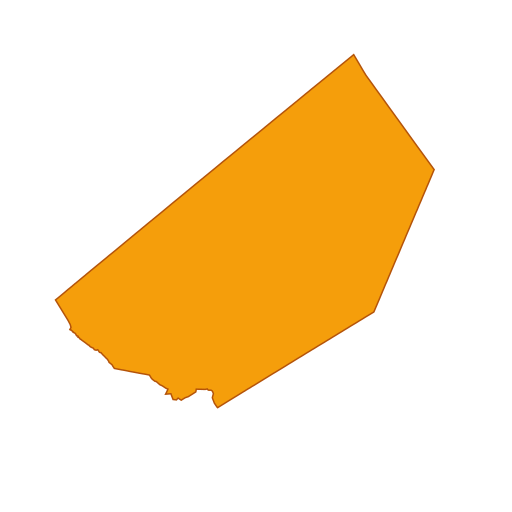 the district of Tecate, Baja California, Mexico, rotated 326°
{"feature_id": "50627088B66512895446284", "entity_name": "Tecate", "entity_type": "district", "adm_level": 2, "iso_a3": "MEX", "parent_name": "Mexico", "parent_adm1": "Baja California", "projection": "mercator", "projection_center": [-116.302, 32.436], "detail": "fine", "context": "isolated", "style": "filled", "palette": "amber", "viewbox_px": 512, "rotation_deg": 326, "n_neighbors": 0, "source": "geoboundaries", "source_scale": "gbopen_adm2", "svg_char_len": 5550}
<svg xmlns="http://www.w3.org/2000/svg" viewBox="0 0 512 512"><g transform="rotate(326 256 256)"><path d="M139.4,360.3L140.2,360.3L142.7,360.4L145.3,360.5L147.8,360.6L150.8,360.7L155.4,360.9L160.0,361.1L162.0,361.2L164.6,361.3L167.2,361.4L169.8,361.5L170.3,361.5L170.8,361.6L172.4,361.6L175.0,361.7L177.7,361.9L179.6,361.9L182.2,362.1L184.7,362.2L187.3,362.3L189.8,362.4L192.3,362.5L194.9,362.6L199.7,362.8L202.3,362.9L204.8,363.0L207.9,363.2L210.4,363.3L214.5,363.5L219.2,363.7L222.8,363.8L226.3,364.0L229.4,364.1L232.0,364.2L234.6,364.3L237.6,364.5L240.7,364.6L243.8,364.7L247.3,364.9L250.4,365.0L251.4,365.1L254.0,365.2L257.1,365.3L260.6,365.5L264.2,365.7L267.3,365.8L270.8,366.0L274.3,366.1L277.9,366.3L281.1,366.4L284.4,366.6L287.9,366.7L291.4,366.9L294.9,367.0L298.5,367.2L302.0,367.4L305.5,367.5L309.0,367.7L312.5,367.8L316.0,368.0L320.0,368.2L322.1,368.3L322.4,368.3L323.5,367.6L326.4,365.7L328.9,364.1L331.5,362.4L334.0,360.8L336.1,359.4L338.7,357.7L340.8,356.3L343.3,354.7L345.4,353.3L347.5,351.9L350.1,350.3L352.2,348.9L354.3,347.5L356.8,345.9L358.9,344.5L362.3,342.3L364.0,341.2L366.1,339.8L369.5,337.6L371.2,336.5L373.3,335.2L376.7,333.0L380.0,330.8L385.5,327.2L388.5,325.3L391.8,323.1L395.2,320.9L398.5,318.8L400.2,317.7L402.3,316.3L405.7,314.1L409.1,311.9L412.4,309.7L415.8,307.6L418.0,306.1L420.3,304.6L422.5,303.2L424.7,301.8L426.9,300.3L429.1,298.9L431.7,297.2L433.8,295.9L436.3,294.2L438.4,292.9L441.0,291.2L443.1,289.8L445.6,288.2L447.7,286.8L449.8,285.4L452.0,284.0L452.0,283.5L451.6,272.4L451.3,263.3L451.0,255.3L450.5,239.6L450.0,223.5L449.8,218.2L449.8,217.9L449.8,217.7L449.4,206.0L449.1,194.8L448.7,184.1L448.6,179.6L448.2,167.8L448.5,161.6L448.9,155.5L449.6,143.7L448.6,143.8L397.4,148.5L396.9,148.5L396.4,148.6L395.9,148.6L393.9,148.8L393.4,148.9L392.9,148.9L392.4,149.0L388.8,149.3L387.3,149.4L386.8,149.5L385.7,149.6L374.1,150.7L357.9,152.2L349.9,152.9L323.8,155.4L320.3,155.7L316.8,156.0L293.7,158.2L281.4,159.3L270.4,160.4L259.8,161.4L246.7,162.6L239.7,163.3L236.8,163.6L234.1,163.8L233.9,163.9L233.6,163.9L226.1,164.6L222.2,165.0L219.7,165.2L216.5,165.5L202.8,166.9L196.2,167.5L186.6,168.4L184.5,168.6L172.4,169.8L169.0,170.1L157.9,171.2L153.8,171.6L149.9,172.0L138.7,173.1L134.8,173.4L131.4,173.8L128.1,174.1L116.3,175.2L112.2,175.6L111.8,175.6L110.7,175.7L110.2,175.8L109.1,175.9L108.2,176.0L105.0,176.3L103.7,176.5L102.7,176.6L102.2,176.6L101.6,176.7L101.0,176.7L100.4,176.8L99.2,176.9L98.9,176.9L98.7,177.0L98.4,177.0L97.9,177.0L97.6,177.1L97.4,177.1L97.0,177.1L96.4,177.2L95.7,177.3L95.2,177.3L94.4,177.4L93.8,177.5L93.1,177.5L92.5,177.6L91.6,177.7L90.8,177.7L90.0,177.8L88.3,178.0L87.9,178.0L86.7,178.2L85.2,178.3L84.4,178.4L83.2,178.5L82.8,178.5L82.6,178.6L82.3,178.6L82.2,178.6L81.7,178.6L81.0,178.7L80.5,178.8L79.7,178.8L79.4,178.9L79.1,178.9L78.5,179.0L68.8,180.0L65.2,180.3L64.7,192.2L64.2,203.8L64.1,205.0L63.7,208.5L63.7,208.8L63.2,210.3L62.9,211.2L62.8,211.3L62.7,211.7L62.5,211.9L62.3,212.0L60.7,212.8L60.0,213.2L60.5,213.1L60.7,213.4L60.8,213.5L61.0,213.6L61.2,213.8L61.2,214.1L61.4,214.3L61.4,214.6L61.4,214.8L61.6,215.2L61.7,215.5L61.8,215.7L61.8,216.1L61.8,216.3L61.7,216.6L62.0,216.8L61.9,217.1L62.2,217.5L62.2,217.9L62.3,218.0L62.5,218.2L62.7,218.7L62.8,218.9L62.8,219.1L62.8,219.3L62.9,219.5L62.9,219.9L62.8,220.2L62.8,220.7L62.7,221.0L62.7,221.6L62.7,221.9L62.9,222.2L63.0,222.3L63.5,222.6L63.6,222.8L63.6,223.0L63.6,223.4L63.5,223.5L63.2,223.6L63.0,223.8L63.1,224.0L63.4,224.4L63.5,224.5L63.6,224.8L63.7,225.0L63.8,225.3L63.8,225.5L63.8,225.8L63.7,225.9L63.7,226.0L63.8,226.2L63.8,226.3L63.8,226.5L63.8,226.8L64.0,227.1L64.3,227.4L64.4,227.5L64.4,227.8L64.4,228.0L64.5,228.3L64.6,228.6L66.0,232.4L67.1,235.8L67.3,236.0L67.4,236.3L67.5,236.4L67.7,236.6L67.7,236.8L67.6,237.1L67.8,238.0L67.8,238.3L68.0,238.7L68.1,239.0L68.4,239.5L68.8,240.1L68.9,240.3L68.9,240.5L69.0,240.6L69.3,240.9L69.6,241.6L69.6,241.9L69.6,242.4L69.6,242.5L69.6,243.1L69.6,243.3L69.8,243.5L70.1,243.9L70.2,244.1L70.4,244.3L70.6,244.4L70.7,244.5L71.0,244.8L71.4,245.0L71.6,245.0L71.9,245.0L72.1,245.0L72.4,245.2L72.4,245.4L72.4,245.5L72.4,246.5L72.4,247.4L72.4,248.2L72.7,248.7L73.2,249.3L73.4,249.7L73.5,249.7L73.5,249.9L73.6,250.9L73.8,252.4L74.3,254.6L74.4,255.2L74.4,255.5L74.5,256.0L74.6,256.7L74.7,257.0L74.8,257.3L74.9,257.8L75.0,258.1L75.0,259.3L75.1,259.7L75.0,260.2L75.0,260.9L74.9,261.4L74.7,261.9L74.7,262.1L75.0,263.0L75.3,263.7L75.4,264.3L75.8,265.5L75.8,265.9L75.8,266.1L75.7,267.3L75.7,267.8L75.7,270.0L75.9,270.2L76.8,271.1L79.1,273.4L80.8,275.1L81.3,275.6L81.7,275.9L83.3,277.5L84.9,279.1L86.9,281.2L89.9,284.1L92.4,286.6L92.7,286.8L93.2,287.4L96.3,290.4L97.6,291.6L99.4,293.4L100.2,294.2L101.1,295.2L101.0,296.7L100.9,298.7L101.1,300.2L101.8,302.3L102.0,302.8L102.1,303.2L102.3,303.5L102.7,303.9L103.1,304.2L104.3,308.9L105.7,311.2L107.3,315.1L108.6,317.1L106.4,318.5L103.8,320.0L106.1,321.3L108.4,322.6L107.0,328.6L109.6,330.8L111.4,330.3L111.8,330.3L112.0,330.3L112.2,330.6L112.3,331.1L113.4,333.7L118.1,333.9L121.4,334.8L123.0,334.8L125.5,334.9L130.1,335.0L132.0,333.0L135.4,335.4L137.2,336.7L139.3,338.2L141.3,339.0L141.3,339.5L141.3,339.9L141.4,340.3L141.7,340.7L142.0,341.0L143.2,341.7L143.5,342.0L143.8,342.3L144.0,342.8L144.1,343.0L144.2,343.4L144.2,343.8L144.2,344.1L144.1,344.7L144.0,345.0L143.8,345.9L143.8,346.1L143.7,346.2L143.5,346.5L141.5,348.2L140.8,348.8L140.6,349.0L140.5,349.3L140.4,349.6L140.0,351.2L139.9,351.8L139.7,352.6L139.4,353.9L139.3,354.2L139.2,354.7L139.2,355.9L139.2,357.2L139.2,359.3L139.3,359.9L139.4,360.3Z" fill="#f59e0b" stroke="#b45309" stroke-width="1.5"/></g></svg>